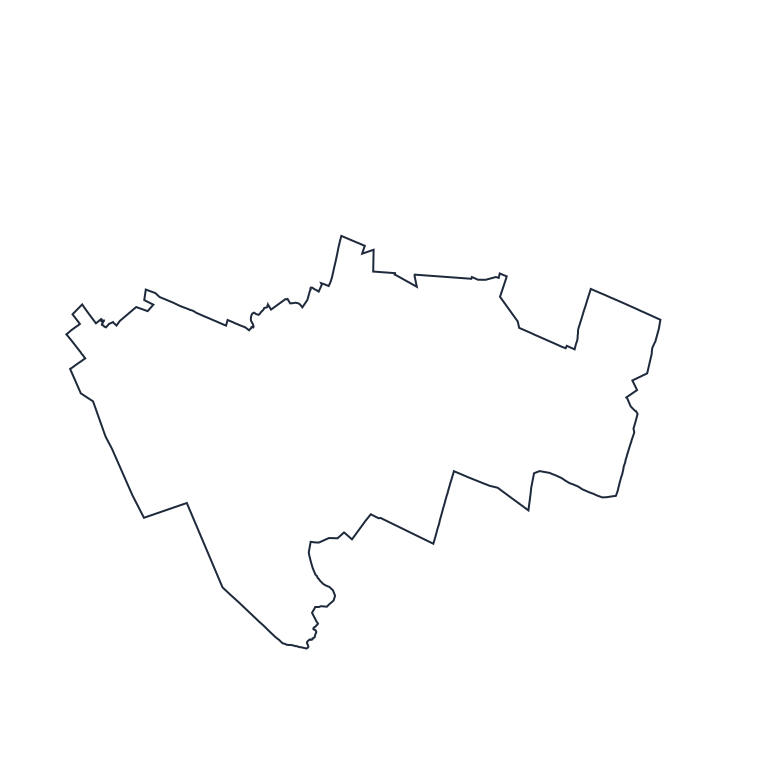 Tumbalá, Chiapas, Mexico (Natural Earth projection), rotated 334°
{"feature_id": "50627088B92638751100187", "entity_name": "Tumbalá", "entity_type": "district", "adm_level": 2, "iso_a3": "MEX", "parent_name": "Mexico", "parent_adm1": "Chiapas", "projection": "natural_earth1", "projection_center": [-92.267, 17.308], "detail": "fine", "context": "isolated", "style": "outline", "palette": "slate", "viewbox_px": 768, "rotation_deg": 334, "n_neighbors": 0, "source": "geoboundaries", "source_scale": "gbopen_adm2", "svg_char_len": 6118}
<svg xmlns="http://www.w3.org/2000/svg" viewBox="0 0 768 768"><g transform="rotate(334 384 384)"><path d="M660.6,447.4L659.3,445.9L657.0,443.1L655.9,441.8L654.8,440.4L650.2,434.9L649.1,433.5L647.9,432.2L644.5,428.0L642.3,425.3L641.1,423.9L639.9,422.5L638.8,421.2L634.9,416.5L630.4,411.2L628.1,408.5L627.0,407.2L625.8,405.9L624.4,404.2L621.8,401.1L620.7,399.8L618.4,397.2L611.5,389.2L609.9,391.0L606.3,394.7L604.2,396.9L600.2,401.2L599.1,402.4L596.2,405.3L595.1,406.5L594.0,407.7L592.8,409.0L591.6,410.3L590.1,411.9L583.1,419.3L582.2,420.4L581.3,421.9L580.6,423.5L579.5,425.0L578.7,426.6L576.9,429.4L573.9,432.4L570.5,436.4L566.9,432.1L565.9,430.9L565.0,429.8L562.9,431.5L561.7,430.1L560.3,428.7L555.0,422.3L550.3,416.8L543.6,408.8L541.5,406.4L538.6,402.8L530.1,392.8L531.6,386.4L526.5,356.5L539.4,343.3L541.5,341.0L539.3,338.6L536.5,335.4L533.6,338.9L531.5,336.9L521.0,334.9L514.2,331.5L509.9,326.4L508.6,327.7L497.6,321.3L459.6,299.2L459.2,299.9L458.9,300.1L456.1,311.0L442.2,291.0L441.9,290.7L441.5,290.3L442.5,289.2L423.6,278.2L433.5,258.8L421.5,257.3L422.7,256.0L427.3,251.4L416.4,238.9L414.1,236.2L410.6,232.2L407.1,236.2L403.1,241.1L398.7,246.9L394.5,252.3L390.4,257.3L385.5,263.5L383.7,265.7L380.3,269.2L377.2,271.7L374.9,269.0L371.7,265.8L371.7,267.4L365.8,272.3L364.6,270.3L363.2,268.5L361.7,265.9L360.6,265.3L360.3,265.4L360.0,265.5L359.6,266.1L359.5,267.0L358.5,267.5L354.6,271.9L351.9,274.9L346.7,277.9L344.2,279.3L343.7,276.8L343.1,275.0L342.1,273.7L340.2,272.2L337.8,271.5L335.0,270.4L334.6,265.7L334.6,265.3L333.7,265.3L332.7,264.5L315.1,267.6L314.6,262.2L314.5,262.4L313.7,262.3L313.0,263.5L312.2,263.8L310.9,263.4L309.7,263.2L308.2,264.4L306.2,265.0L304.4,265.7L303.3,266.4L301.7,266.9L299.7,265.1L298.5,262.9L296.4,263.0L294.5,264.6L292.8,267.1L292.2,269.1L292.4,272.5L292.1,274.8L291.6,275.6L291.2,275.8L290.4,274.8L289.9,274.7L289.1,275.6L287.7,276.0L286.3,276.6L284.1,272.2L279.9,267.7L278.2,265.6L277.0,264.4L275.5,262.5L271.5,257.9L270.8,258.7L269.9,259.7L268.5,261.3L267.6,262.3L262.6,256.5L260.6,254.1L259.5,252.9L254.3,246.8L252.3,244.6L246.4,237.6L245.0,235.3L244.4,234.5L243.5,233.5L242.3,232.5L241.7,231.9L241.4,231.4L234.9,224.5L230.1,218.4L220.4,207.4L218.4,202.1L211.3,194.7L205.3,203.5L211.5,211.6L203.5,214.9L195.0,206.2L193.0,206.7L177.9,210.6L174.3,211.5L174.0,211.6L169.2,214.2L167.7,210.4L167.6,209.5L166.3,209.6L163.3,209.4L158.9,211.2L157.6,209.5L157.5,208.4L156.7,207.7L156.4,207.2L156.5,206.7L160.1,204.3L160.1,204.1L159.1,204.0L158.7,204.2L157.8,204.1L157.5,203.6L157.6,203.2L158.1,202.9L158.3,202.6L158.6,202.3L158.6,202.2L158.3,201.6L155.6,202.3L151.7,203.2L149.6,192.3L148.6,186.7L147.6,180.2L134.6,184.8L137.0,196.7L134.3,197.3L133.0,197.5L131.4,197.7L125.9,198.7L124.2,199.2L122.4,199.7L120.3,200.1L121.0,203.0L122.2,208.1L125.1,221.8L125.3,222.4L125.4,223.9L125.6,224.9L125.9,225.9L126.7,230.0L123.3,230.5L122.6,230.7L118.7,231.2L114.6,231.9L111.0,232.6L108.5,232.8L107.4,259.5L114.9,272.1L110.9,307.1L110.7,309.8L111.1,323.1L109.1,373.6L109.6,399.0L154.6,404.5L149.7,496.0L153.2,505.2L157.7,516.4L167.7,543.2L169.9,548.5L171.8,554.0L173.1,557.5L174.5,561.2L174.9,562.4L176.0,565.0L176.4,565.7L176.6,566.3L177.5,567.9L178.5,570.8L179.2,572.6L180.5,573.7L181.2,574.2L182.0,575.5L182.8,576.0L183.3,576.5L184.1,576.9L185.2,577.2L185.7,577.7L186.3,578.1L186.8,578.3L187.2,578.7L189.8,581.0L190.0,581.0L190.6,581.3L191.6,582.5L192.3,582.9L192.6,583.4L194.0,584.2L198.2,587.6L198.5,587.8L199.1,587.7L199.4,587.7L200.1,587.5L200.3,587.4L200.9,587.0L201.0,586.5L201.1,585.7L201.1,585.1L201.2,584.1L201.2,583.1L201.3,582.7L202.2,582.0L202.6,581.7L203.2,581.5L203.8,581.5L204.4,581.2L205.1,581.1L205.7,581.2L205.8,581.7L206.2,582.0L207.2,582.1L207.7,582.2L208.0,582.0L208.4,581.5L208.4,581.3L209.4,581.3L210.1,581.4L210.6,581.3L210.8,581.1L211.2,580.5L212.4,579.1L213.0,578.5L213.2,578.4L213.4,578.1L213.8,578.0L214.2,577.6L214.5,576.9L214.6,576.5L214.5,576.1L214.5,575.2L214.1,574.7L213.5,574.2L213.3,573.9L213.1,573.3L213.1,573.1L213.5,572.7L213.8,572.5L214.0,572.3L214.3,572.3L214.8,572.0L215.7,572.0L216.4,571.9L216.9,571.6L217.1,571.5L217.5,571.3L218.1,571.2L218.9,570.8L219.0,570.8L219.6,570.5L219.5,569.3L219.2,567.8L219.2,565.8L219.0,558.2L219.2,557.9L219.4,557.8L220.2,557.3L220.5,557.0L221.4,556.5L222.9,555.5L224.4,554.3L227.8,555.9L230.0,556.1L235.0,559.1L238.2,558.0L243.8,556.5L247.2,552.9L247.7,547.0L245.9,542.4L243.8,540.1L242.4,538.2L241.8,537.2L241.4,536.2L240.1,532.2L240.0,530.8L239.4,529.2L239.5,527.2L239.1,526.2L238.8,525.1L238.9,524.0L239.0,521.7L239.1,520.4L239.2,519.1L239.2,518.4L240.2,512.5L240.9,509.0L241.9,504.5L242.6,502.3L248.9,493.7L251.7,495.6L254.2,497.1L256.3,498.0L267.0,498.3L274.6,502.3L283.0,499.9L284.1,502.3L287.1,509.6L307.0,499.1L315.0,495.3L320.3,502.3L322.2,502.9L358.3,549.2L359.7,547.7L362.9,544.2L368.8,537.4L370.8,535.3L372.1,534.0L372.4,533.6L373.1,532.7L374.7,530.7L377.9,527.1L380.5,524.2L381.7,522.7L383.8,520.4L385.6,518.5L388.4,515.2L391.1,512.2L392.8,510.5L395.8,507.0L398.3,504.3L399.3,503.1L403.9,498.2L404.7,497.3L407.6,494.2L408.6,493.0L411.2,496.0L412.1,497.0L416.7,502.3L418.0,503.8L418.4,504.3L421.2,507.4L428.9,515.9L430.8,518.0L431.9,519.1L434.2,521.7L440.7,527.1L449.7,544.4L458.4,560.9L468.1,546.2L471.0,541.5L471.9,540.4L479.7,530.0L485.7,530.5L494.0,536.6L495.7,538.7L497.6,540.6L502.4,546.4L504.9,550.8L507.6,554.8L509.5,556.6L513.5,561.2L514.6,563.0L516.1,565.6L518.7,568.6L520.9,571.2L522.6,573.0L524.1,574.5L526.6,577.6L530.6,581.7L533.0,582.7L534.6,583.4L538.2,584.5L540.2,585.1L543.3,586.2L543.7,585.9L546.9,582.8L552.9,575.6L556.9,571.1L558.5,569.6L559.9,567.8L561.7,565.6L562.8,563.9L564.1,562.4L566.5,560.2L566.9,559.4L568.0,558.0L570.8,555.1L571.8,553.7L572.6,553.1L574.4,551.1L578.3,546.9L579.8,545.4L581.4,543.8L581.4,543.7L582.3,542.6L582.8,542.2L587.6,537.4L588.1,536.0L588.6,533.6L593.3,528.4L598.8,522.1L598.6,518.9L598.2,518.7L597.3,516.5L595.9,512.3L596.3,503.8L595.9,502.3L608.8,500.4L608.8,489.7L625.2,489.8L637.8,474.3L639.3,471.7L640.1,470.4L641.0,469.2L645.4,465.5L645.9,465.2L646.7,464.6L648.5,462.5L655.2,454.9L660.6,447.4Z" fill="none" stroke="#1e293b" stroke-width="2"/></g></svg>